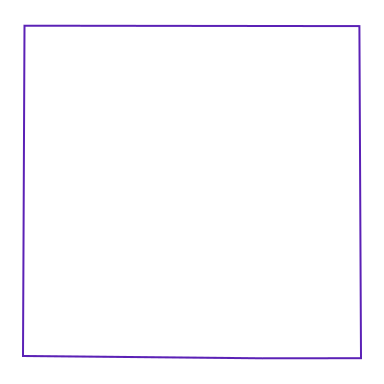 outline of Stonewall, Texas, United States of America
{"feature_id": "52423323B46618187662485", "entity_name": "Stonewall", "entity_type": "district", "adm_level": 2, "iso_a3": "USA", "parent_name": "United States of America", "parent_adm1": "Texas", "projection": "robinson", "projection_center": [-100.217, 33.179], "detail": "fine", "context": "isolated", "style": "outline", "palette": "violet", "viewbox_px": 384, "rotation_deg": 0, "n_neighbors": 0, "source": "geoboundaries", "source_scale": "gbopen_adm2", "svg_char_len": 195}
<svg xmlns="http://www.w3.org/2000/svg" viewBox="0 0 384 384"><path d="M262.0,358.3L361.0,358.2L359.4,26.1L24.5,25.7L23.0,356.0L262.0,358.3Z" fill="none" stroke="#5b21b6" stroke-width="2"/></svg>